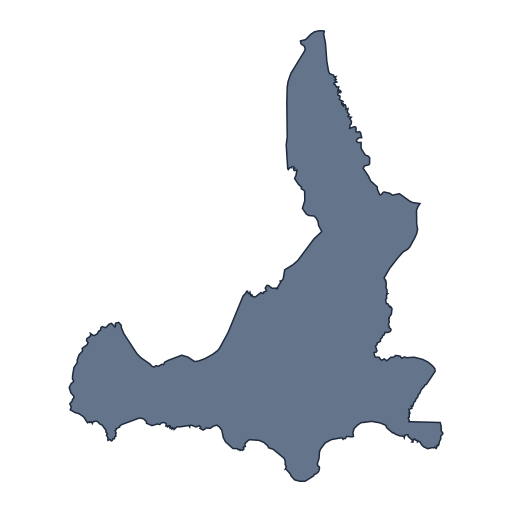 outline of Sumba Barat, Nusa Tenggara Timur, Indonesia
{"feature_id": "22746128B3578697728098", "entity_name": "Sumba Barat", "entity_type": "district", "adm_level": 2, "iso_a3": "IDN", "parent_name": "Indonesia", "parent_adm1": "Nusa Tenggara Timur", "projection": "robinson", "projection_center": [119.366, -9.585], "detail": "fine", "context": "isolated", "style": "filled", "palette": "slate", "viewbox_px": 512, "rotation_deg": 0, "n_neighbors": 0, "source": "geoboundaries", "source_scale": "gbopen_adm2", "svg_char_len": 6045}
<svg xmlns="http://www.w3.org/2000/svg" viewBox="0 0 512 512"><path d="M442.8,433.9L442.8,432.9L441.3,431.1L441.1,426.0L440.2,422.5L409.0,421.7L409.4,420.9L408.4,418.6L408.4,417.5L409.2,417.3L409.3,414.2L409.9,413.4L409.0,412.8L409.7,412.2L408.8,409.4L411.9,408.4L411.3,406.0L412.7,406.3L413.9,402.2L415.2,401.3L416.0,399.1L417.7,397.2L418.2,394.9L419.7,393.4L421.3,389.4L424.1,386.6L424.9,384.9L426.4,384.4L435.1,371.4L434.9,368.8L432.6,365.9L428.0,362.1L422.7,359.4L414.1,357.2L406.5,357.7L404.5,356.9L401.6,358.3L400.1,356.1L395.6,355.4L393.7,357.2L390.8,357.3L386.8,360.8L384.2,358.8L381.9,360.3L380.4,359.4L379.2,357.3L375.1,357.0L373.9,353.1L374.4,352.3L376.0,352.3L377.0,350.9L375.5,346.1L377.0,344.6L377.2,343.1L380.4,341.3L380.5,339.1L382.3,337.3L382.6,335.7L384.1,334.9L385.1,332.3L387.4,332.6L390.0,331.6L391.0,330.3L390.7,328.7L389.1,327.6L389.3,326.6L388.4,324.7L389.3,321.8L388.7,318.9L389.4,318.4L389.1,317.3L391.4,314.1L392.0,308.6L390.6,306.5L389.9,307.1L387.8,303.8L386.3,303.6L385.6,299.6L386.7,298.4L386.4,295.2L387.5,293.9L386.9,294.0L387.1,290.3L386.0,287.6L386.3,282.5L385.4,281.0L385.8,280.5L384.2,278.5L384.4,277.4L389.7,268.3L397.9,257.8L403.0,252.0L407.7,249.2L409.7,247.1L414.8,237.8L416.7,233.5L417.6,229.3L416.7,224.1L416.5,210.3L417.7,207.1L420.0,203.6L412.9,202.6L409.8,201.2L399.4,193.7L392.3,195.2L389.9,193.3L384.2,192.0L383.2,192.3L381.5,194.4L379.7,194.8L377.3,189.1L377.3,187.0L370.6,180.9L368.5,176.2L363.2,168.3L364.6,165.8L368.4,165.0L369.6,163.9L369.7,157.9L368.2,156.1L365.3,155.1L361.1,148.4L361.1,142.4L357.7,142.5L356.4,141.1L356.8,139.6L359.0,137.8L361.7,137.7L360.5,132.5L359.3,131.6L358.0,132.2L355.9,131.7L356.1,128.1L355.6,126.9L353.9,126.8L349.6,128.4L350.2,124.5L351.1,124.1L351.5,121.5L349.9,118.8L351.3,117.2L348.1,116.7L348.0,115.8L349.3,114.6L347.2,112.1L348.0,108.6L345.9,109.4L346.0,107.0L345.2,104.8L344.3,104.7L343.3,106.1L342.8,105.6L343.1,103.6L341.7,104.0L341.6,102.5L343.0,101.4L339.4,99.6L340.1,96.7L339.6,95.6L338.0,95.1L337.8,93.2L339.2,92.7L339.9,91.6L340.6,92.5L341.1,91.7L339.7,90.1L337.8,91.0L338.7,86.8L336.6,87.1L335.1,84.6L333.9,84.0L334.3,82.8L336.8,82.0L335.1,80.8L334.9,79.7L336.1,79.5L335.1,77.7L335.9,76.6L334.0,76.9L333.6,75.2L329.6,73.6L328.5,71.0L326.8,60.9L325.5,43.4L323.6,33.6L324.4,31.5L324.0,30.9L319.6,30.7L314.5,31.8L310.8,34.3L305.6,39.6L300.4,40.9L301.0,43.8L304.2,46.1L305.1,48.6L304.9,50.5L290.8,73.5L288.1,81.4L287.2,87.1L286.8,102.3L287.2,137.2L286.2,144.9L287.7,168.7L288.3,169.6L289.8,167.6L291.5,167.7L292.0,166.7L293.3,166.7L294.6,168.0L293.4,168.7L294.2,170.6L296.9,170.1L296.0,175.4L294.6,178.6L298.5,184.4L301.4,187.0L301.3,188.8L303.6,190.0L304.6,191.2L304.8,200.6L302.4,208.4L306.3,214.1L308.7,215.5L314.0,216.0L316.5,218.5L318.0,221.5L318.6,225.6L321.8,231.6L314.1,238.7L297.7,260.6L293.0,264.7L284.7,269.8L283.2,278.8L281.9,280.6L280.1,281.1L280.8,282.0L277.5,287.6L277.7,288.2L276.6,288.9L276.4,288.1L272.2,288.3L268.3,285.4L266.9,285.4L265.2,288.1L266.5,290.8L263.5,292.2L263.5,293.0L262.6,293.5L261.0,292.5L255.5,296.8L253.3,296.9L252.3,295.7L250.9,295.7L251.6,294.7L250.4,294.4L249.9,292.3L249.2,293.5L248.4,293.5L247.6,291.2L246.6,291.3L245.5,293.5L243.1,296.0L228.0,332.7L219.5,348.3L217.6,350.6L212.6,354.4L205.0,358.6L198.3,361.1L194.5,361.5L188.0,357.1L181.8,355.2L168.1,360.4L164.8,362.1L163.7,364.4L161.9,364.3L158.3,366.3L155.9,365.7L153.9,367.1L151.7,366.1L150.3,364.3L141.0,357.8L136.9,353.7L123.9,333.8L121.4,327.8L121.1,325.1L118.7,322.4L115.6,323.2L115.2,324.4L115.6,325.7L114.9,327.0L111.5,323.3L109.2,324.1L105.7,327.7L102.1,326.6L100.9,327.6L100.4,330.4L98.6,331.2L97.3,333.8L94.5,335.5L92.9,335.3L90.4,333.4L90.7,335.0L90.0,336.4L86.9,338.6L86.5,340.6L88.0,342.6L87.2,344.7L82.2,348.3L82.5,351.2L79.2,354.5L77.2,359.9L77.3,362.5L73.9,367.7L72.5,376.1L72.5,379.2L73.6,380.4L73.4,381.7L71.0,383.8L69.2,387.6L70.9,392.8L73.8,396.2L73.9,397.7L72.4,399.6L72.3,400.9L69.8,403.8L71.3,407.2L70.2,409.8L74.9,412.5L79.1,413.8L83.6,416.8L87.5,422.8L89.4,421.8L89.7,422.5L91.5,421.8L92.3,423.5L92.9,422.1L94.3,421.4L96.3,421.2L98.0,421.9L99.5,423.8L102.2,425.1L105.8,430.1L106.0,432.2L107.3,433.5L106.5,435.2L107.9,437.6L107.9,440.3L109.9,439.5L111.3,440.9L112.3,440.4L112.8,438.9L114.5,438.7L114.6,436.8L115.9,436.2L115.6,433.4L116.2,433.0L115.1,430.7L116.4,429.5L116.2,428.7L119.6,427.1L119.7,426.0L121.9,424.5L139.5,418.0L143.5,418.8L146.5,421.7L146.4,423.2L152.0,425.6L157.3,424.0L159.8,424.5L161.6,422.7L164.5,422.6L166.1,423.7L165.9,426.1L167.7,426.0L167.3,427.5L168.6,425.7L169.9,425.7L170.3,426.3L169.6,427.1L170.2,428.3L172.2,427.5L172.6,427.9L172.1,428.9L173.8,428.3L174.1,429.5L177.0,426.7L179.8,426.9L188.8,425.5L189.7,426.9L189.9,425.5L191.6,425.2L196.0,427.0L199.2,425.7L200.6,427.0L199.9,428.3L203.1,430.1L206.6,427.9L210.2,428.4L213.1,426.3L216.7,425.1L219.4,427.0L221.8,430.2L223.3,437.6L225.5,441.8L232.9,448.5L237.5,448.7L238.1,449.7L239.6,449.5L240.1,450.5L241.6,449.8L242.6,450.3L243.9,449.1L243.2,447.3L245.4,446.5L244.7,444.4L245.3,443.2L248.5,440.2L250.0,439.7L259.2,440.4L263.8,442.4L267.7,445.7L268.6,447.8L273.2,449.3L284.2,458.4L285.2,461.2L285.2,464.6L286.3,466.9L285.3,469.1L285.8,468.9L288.3,471.7L290.3,474.0L290.9,475.8L294.5,479.8L299.5,481.2L304.6,481.3L306.2,480.6L313.7,475.8L314.1,474.5L316.6,473.5L318.6,471.6L319.5,468.7L319.3,466.8L317.7,465.6L317.4,463.6L319.0,458.6L319.5,451.8L320.6,449.0L325.2,442.9L331.4,439.6L341.7,437.7L343.1,439.3L343.6,438.6L345.3,438.6L346.5,436.4L352.0,436.9L353.5,436.4L352.9,432.8L354.1,428.6L357.6,425.0L361.1,422.7L371.7,421.4L380.1,422.9L385.7,425.3L386.8,427.9L392.8,433.0L393.7,432.7L395.2,434.1L399.6,435.8L403.6,436.3L404.3,437.8L404.9,435.1L407.9,434.8L408.2,436.5L412.3,440.2L412.6,441.2L411.9,442.0L412.9,442.1L413.4,439.2L415.0,439.1L415.2,440.0L417.3,440.5L417.4,442.0L418.6,441.3L420.0,441.9L421.7,444.9L423.7,446.8L427.7,448.7L432.3,447.6L433.9,447.9L434.8,447.1L436.1,448.5L436.8,447.5L436.5,445.9L437.6,445.1L438.1,445.7L438.9,444.6L439.4,441.5L440.8,438.9L440.6,436.4L442.8,433.9Z" fill="#64748b" stroke="#1e293b" stroke-width="1.5"/></svg>